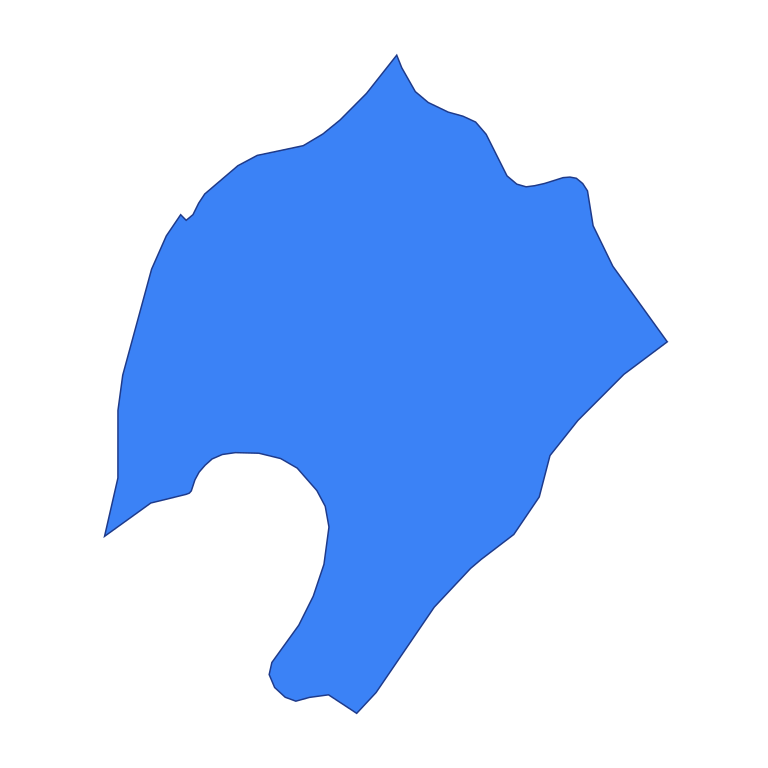 map outline of Vĩnh Long (Natural Earth projection), rotated 268°
{"feature_id": "VNM-510", "entity_name": "Vĩnh Long", "entity_type": "Province", "adm_level": 1, "iso_a3": "VNM", "parent_name": "Vietnam", "parent_adm1": "", "projection": "natural_earth1", "projection_center": [105.979, 10.095], "detail": "fine", "context": "isolated", "style": "filled", "palette": "blue", "viewbox_px": 768, "rotation_deg": 268, "n_neighbors": 0, "source": "natural_earth", "source_scale": "10m", "svg_char_len": 1086}
<svg xmlns="http://www.w3.org/2000/svg" viewBox="0 0 768 768"><g transform="rotate(268 384 384)"><path d="M416.3,668.6L385.3,624.1L340.8,576.5L306.7,547.4L265.7,535.2L229.0,508.4L228.7,507.9L205.4,475.1L196.7,464.1L159.2,426.4L75.9,365.3L55.8,345.2L75.3,317.7L73.4,298.6L70.1,284.8L74.4,274.3L84.5,264.1L97.6,259.1L109.6,262.2L145.9,290.4L174.4,305.9L205.9,317.7L243.0,324.0L263.8,321.0L279.8,313.2L303.0,294.3L313.1,278.1L319.2,256.5L320.6,233.0L319.2,220.0L315.1,209.6L309.0,202.3L302.3,196.1L294.8,191.7L283.9,187.7L281.7,185.6L280.6,182.3L273.2,146.8L241.5,99.4L299.4,114.8L366.9,117.2L402.0,123.2L506.8,155.7L539.6,171.6L560.3,186.7L554.5,192.0L559.9,199.0L571.2,205.1L580.2,211.5L607.3,245.6L616.9,265.3L625.0,311.6L636.0,331.6L649.3,349.2L675.1,376.7L712.2,408.2L699.4,412.8L675.1,425.5L663.8,438.0L653.5,457.6L648.9,472.2L642.6,484.7L630.0,494.8L587.7,514.2L579.1,523.7L576.1,532.9L576.9,541.4L578.8,551.4L584.0,570.2L584.3,577.1L582.9,583.4L577.4,589.6L569.9,594.1L534.9,598.5L493.7,616.8L416.5,668.4L416.3,668.6Z" fill="#3b82f6" stroke="#1e3a8a" stroke-width="1.5"/></g></svg>